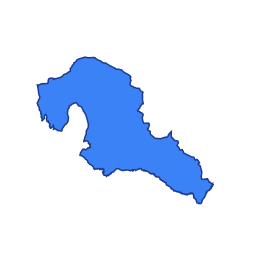 Loeng Nok Tha, Yasothon, Thailand, rotated 22°
{"feature_id": "78962969B75091114631629", "entity_name": "Loeng Nok Tha", "entity_type": "district", "adm_level": 2, "iso_a3": "THA", "parent_name": "Thailand", "parent_adm1": "Yasothon", "projection": "mercator", "projection_center": [104.626, 16.21], "detail": "fine", "context": "isolated", "style": "filled", "palette": "blue", "viewbox_px": 256, "rotation_deg": 22, "n_neighbors": 0, "source": "geoboundaries", "source_scale": "gbopen_adm2", "svg_char_len": 5945}
<svg xmlns="http://www.w3.org/2000/svg" viewBox="0 0 256 256"><g transform="rotate(22 128 128)"><path d="M207.4,133.6L205.4,132.0L204.1,131.4L203.5,131.4L202.4,132.5L201.9,132.5L200.1,130.5L197.5,131.0L188.9,130.3L188.0,129.0L186.3,127.8L185.9,127.9L184.8,128.9L184.1,128.9L182.3,126.8L180.5,126.3L180.0,125.9L180.2,122.7L179.4,121.6L178.4,121.5L176.1,122.1L171.8,120.2L170.6,118.5L170.6,117.8L169.5,115.1L168.4,117.6L168.1,119.7L168.4,119.9L167.5,122.0L166.7,122.6L166.2,122.4L162.1,125.8L156.6,127.5L155.3,126.8L151.9,125.8L150.9,125.1L149.8,122.8L147.4,122.4L146.4,121.7L146.9,121.1L146.7,117.3L146.5,116.7L145.6,115.8L143.9,116.2L141.7,117.5L141.0,117.6L139.3,116.3L137.7,113.8L137.3,112.9L137.1,110.0L136.5,109.4L134.6,108.8L133.0,109.0L132.7,108.5L132.2,108.5L131.9,108.3L130.7,108.8L130.4,108.4L130.4,107.2L131.4,105.4L131.1,103.5L131.6,103.0L131.6,101.0L131.8,100.6L132.9,100.2L132.9,99.5L130.9,96.5L129.6,93.1L128.7,91.4L128.5,89.2L125.5,88.8L123.6,87.0L121.0,88.0L119.8,87.8L118.2,88.3L117.0,87.6L115.5,87.9L114.7,87.7L113.9,87.3L113.5,86.7L113.1,85.6L113.0,82.9L111.5,81.2L111.3,80.2L111.5,79.6L110.0,78.8L108.5,78.4L103.3,77.9L100.4,76.6L97.4,77.0L94.8,78.0L94.4,77.6L87.0,76.9L82.8,76.1L81.3,76.8L80.4,76.8L79.1,76.7L77.6,76.1L73.8,76.2L71.3,75.3L70.8,75.7L69.5,75.4L68.6,76.1L64.7,77.8L61.6,78.4L56.2,82.7L55.3,83.8L54.6,86.5L53.4,88.0L53.7,88.7L53.6,89.7L53.0,90.7L52.9,91.6L53.1,92.1L52.2,94.4L53.3,97.1L51.8,98.5L50.3,101.0L48.7,102.1L47.6,105.1L45.6,107.1L42.4,109.4L41.8,109.5L41.3,110.7L40.6,110.7L40.2,110.1L39.5,110.0L37.7,110.7L36.3,111.7L36.1,112.7L36.2,113.9L37.0,115.7L36.8,116.7L33.8,118.3L32.1,118.9L30.5,120.1L29.4,121.5L27.8,122.0L29.7,124.8L32.4,129.7L34.8,132.6L34.9,133.5L34.6,135.6L34.7,137.5L34.4,138.4L34.6,138.9L35.9,140.7L37.0,141.4L38.6,142.9L38.6,143.9L39.0,144.4L40.5,145.3L42.0,146.7L41.8,147.2L42.2,147.3L42.2,148.0L43.2,148.8L43.1,149.1L43.6,149.7L43.4,150.0L43.7,150.1L43.8,150.8L44.5,151.0L45.1,152.1L45.5,152.3L45.3,154.0L46.5,151.8L46.6,150.7L46.9,150.2L46.2,149.2L45.9,148.1L46.3,146.4L47.4,146.8L48.5,147.9L48.8,148.6L48.8,149.8L50.4,152.2L51.2,152.3L51.5,151.6L52.5,152.8L53.8,153.3L54.2,153.8L54.2,154.9L54.4,155.4L54.9,156.2L55.2,156.5L55.4,156.4L56.1,157.2L56.5,157.1L57.4,155.5L57.9,154.4L57.8,153.7L58.2,154.0L59.2,156.0L59.2,157.6L59.9,156.3L60.4,155.9L64.0,156.7L65.5,156.1L67.3,155.9L67.7,155.2L67.7,154.7L67.2,153.9L68.3,148.8L69.3,147.3L69.9,144.5L69.0,140.7L66.8,138.0L66.1,136.3L65.6,134.4L65.4,132.8L65.8,130.9L65.3,129.7L66.4,128.6L67.0,127.0L70.1,123.9L71.5,124.4L73.8,125.9L76.8,125.7L79.0,127.5L80.3,129.0L81.7,129.8L84.1,131.8L86.4,134.6L89.8,139.2L90.9,142.4L90.4,146.5L91.5,149.1L91.4,150.3L91.8,155.7L92.1,157.1L92.6,156.9L93.3,156.0L94.2,155.5L95.8,155.3L96.6,156.1L97.2,157.2L98.4,157.5L99.1,157.1L99.3,159.0L100.4,159.8L100.3,160.3L98.3,161.5L97.1,164.1L95.4,164.0L94.0,164.6L93.3,169.2L93.7,171.3L95.3,171.1L97.7,171.5L98.4,171.9L99.5,172.1L100.3,172.9L102.2,173.2L103.1,173.9L103.8,175.0L104.7,175.1L105.1,175.6L106.3,176.0L107.1,175.8L107.7,176.1L108.6,176.1L110.6,177.1L111.1,178.1L112.4,178.9L114.0,177.6L114.7,177.7L115.1,177.2L115.4,177.2L116.0,176.4L116.7,176.4L117.3,176.9L117.4,176.6L117.8,176.7L117.8,176.3L118.3,176.4L118.5,176.1L118.9,176.3L119.3,175.5L119.8,175.7L120.1,175.6L120.1,175.2L120.9,175.4L120.8,175.7L121.1,175.8L121.4,176.4L121.2,176.7L121.7,177.0L121.4,177.4L122.0,177.6L121.5,178.0L121.2,177.8L121.0,178.2L121.6,178.3L121.4,178.6L121.9,179.0L121.6,179.1L121.7,179.4L123.3,180.7L125.7,180.4L125.9,180.6L126.0,180.3L126.2,180.5L126.3,179.9L127.6,179.5L127.3,178.9L128.2,178.4L128.1,177.7L128.9,177.4L129.3,176.8L129.1,176.4L129.4,176.0L129.3,175.6L131.1,174.0L132.0,171.2L132.8,170.0L134.7,169.3L136.3,169.6L138.9,169.5L143.5,166.9L145.5,166.9L146.4,166.7L147.4,165.5L148.4,166.1L148.8,165.7L148.2,165.4L148.4,164.8L150.0,164.1L151.0,164.4L151.0,164.1L151.6,163.8L152.5,162.6L153.6,162.0L154.6,160.8L155.5,160.7L155.7,161.2L156.4,161.8L157.2,161.4L157.9,161.7L158.3,161.4L158.7,161.7L159.1,160.9L160.0,161.5L160.2,161.1L160.4,161.3L160.6,160.9L162.2,161.1L162.8,160.8L165.2,161.8L165.8,161.4L166.6,162.0L168.6,160.7L168.8,161.0L169.0,160.7L169.7,160.9L169.9,161.1L169.7,161.5L170.2,161.5L170.6,162.1L171.0,162.0L171.7,162.7L172.3,162.5L173.4,162.7L174.0,162.2L175.1,161.8L176.4,162.8L177.0,163.6L177.8,163.4L178.3,164.0L179.4,163.9L180.3,164.3L180.9,164.0L181.9,164.7L183.7,164.4L184.0,165.4L185.1,166.4L190.2,167.0L190.5,168.0L191.1,168.2L192.8,168.0L193.8,169.2L194.7,168.6L195.2,168.8L195.5,168.6L195.8,168.8L196.2,168.6L196.5,168.8L197.7,168.3L197.8,168.6L198.2,168.3L199.8,168.5L200.3,168.5L200.4,168.2L200.5,168.4L201.1,168.2L201.3,168.4L201.5,168.2L202.6,168.7L202.6,168.3L203.7,168.5L205.1,168.0L205.3,168.3L206.0,168.2L206.5,167.9L206.7,168.0L207.0,167.6L207.4,167.8L207.8,167.5L208.0,167.7L208.5,166.7L209.6,166.4L209.9,165.7L210.2,165.8L210.8,165.5L210.4,164.8L211.4,164.6L211.9,164.8L212.2,164.3L212.7,164.6L213.1,164.6L213.8,165.8L214.6,166.3L214.5,166.8L215.0,168.0L217.3,168.7L217.9,169.2L218.3,169.2L219.2,170.7L220.0,171.5L220.7,171.1L221.4,171.6L221.8,171.6L222.2,171.2L223.2,171.2L224.2,169.9L224.2,168.9L223.8,168.2L224.0,167.3L223.9,166.6L224.8,163.7L225.1,160.9L224.8,159.7L225.0,159.0L224.9,158.6L225.2,158.4L224.7,158.1L224.7,157.7L225.0,156.8L226.8,155.4L227.0,154.6L226.7,154.5L226.7,154.1L227.2,153.2L227.6,153.2L227.7,152.6L227.3,151.8L227.6,151.8L227.8,151.0L227.6,150.8L228.0,150.6L227.8,150.3L227.8,150.0L227.5,149.8L228.2,149.0L228.2,148.6L227.7,148.5L227.6,148.2L227.3,148.2L227.2,147.8L227.0,148.1L226.8,147.9L226.4,148.1L225.1,148.0L224.3,147.5L223.8,147.8L223.4,147.7L223.4,147.4L222.9,147.2L222.6,146.7L221.4,146.2L221.2,145.5L220.8,145.3L220.1,145.4L219.8,146.1L219.3,146.1L218.7,146.9L218.0,146.8L217.3,147.4L216.4,147.4L215.7,147.9L215.3,147.8L214.2,145.9L212.9,141.1L209.3,136.4L208.6,135.8L207.5,135.8L206.7,135.3L206.8,134.4L207.4,133.6Z" fill="#3b82f6" stroke="#1e3a8a" stroke-width="1.5"/></g></svg>